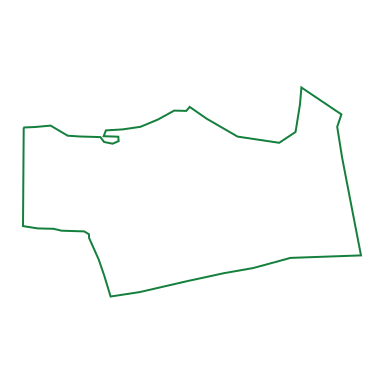 the district of N'Guigmi, Diffa, Niger
{"feature_id": "23599985B27242520162456", "entity_name": "N'Guigmi", "entity_type": "district", "adm_level": 2, "iso_a3": "NER", "parent_name": "Niger", "parent_adm1": "Diffa", "projection": "robinson", "projection_center": [12.657, 14.178], "detail": "fine", "context": "isolated", "style": "outline", "palette": "green", "viewbox_px": 384, "rotation_deg": 0, "n_neighbors": 0, "source": "geoboundaries", "source_scale": "gbopen_adm2", "svg_char_len": 699}
<svg xmlns="http://www.w3.org/2000/svg" viewBox="0 0 384 384"><path d="M110.6,296.5L139.6,292.1L187.7,281.0L224.3,273.1L252.9,268.1L266.7,264.4L290.4,257.9L361.0,255.4L353.5,216.7L342.1,157.6L337.2,126.8L341.4,114.4L301.4,87.5L300.0,104.2L296.2,128.0L295.5,132.0L279.2,142.8L237.6,136.6L206.5,118.6L189.7,106.9L186.3,110.9L174.2,110.6L158.0,119.5L140.5,126.8L122.7,129.4L105.9,130.4L103.7,136.2L118.3,136.7L118.6,141.1L112.6,143.7L104.1,142.0L100.4,137.1L80.1,136.5L67.7,135.7L50.6,125.6L35.2,127.0L23.4,127.5L23.7,127.5L23.7,129.7L23.0,226.1L37.7,228.4L53.6,228.8L61.6,230.7L84.2,231.4L88.9,234.2L89.1,238.0L98.7,259.5L104.1,275.2L110.6,296.5Z" fill="none" stroke="#15803d" stroke-width="2"/></svg>